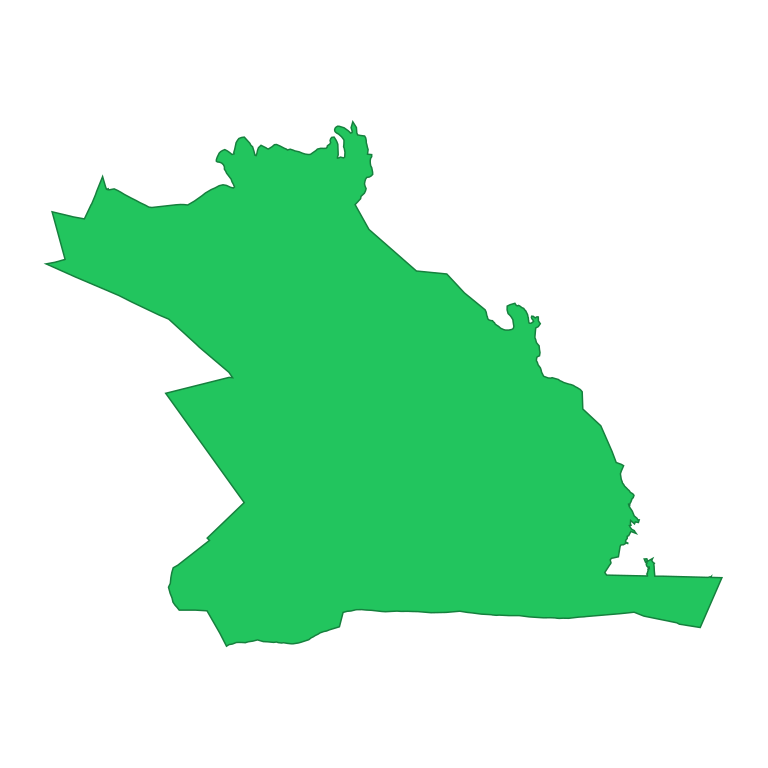 San Pedro Ixcatlán, Oaxaca, Mexico (Mercator projection)
{"feature_id": "50627088B26747164126633", "entity_name": "San Pedro Ixcatlán", "entity_type": "district", "adm_level": 2, "iso_a3": "MEX", "parent_name": "Mexico", "parent_adm1": "Oaxaca", "projection": "mercator", "projection_center": [-96.535, 18.166], "detail": "fine", "context": "isolated", "style": "filled", "palette": "green", "viewbox_px": 768, "rotation_deg": 0, "n_neighbors": 0, "source": "geoboundaries", "source_scale": "gbopen_adm2", "svg_char_len": 6121}
<svg xmlns="http://www.w3.org/2000/svg" viewBox="0 0 768 768"><path d="M700.2,627.5L721.9,577.7L711.0,577.4L711.2,576.6L711.0,576.8L709.8,576.9L708.1,577.4L662.3,576.2L654.8,576.2L654.3,570.9L654.1,566.5L653.8,564.3L654.4,563.3L653.1,562.5L651.7,560.4L652.6,558.5L647.7,561.2L646.8,558.8L644.2,559.0L645.5,562.2L646.6,561.5L647.0,563.1L646.2,564.0L646.7,565.9L647.9,567.2L649.1,567.0L649.3,568.6L648.6,568.4L648.1,568.8L647.9,569.8L648.3,570.1L647.4,572.6L647.4,573.6L646.8,574.0L647.4,575.1L647.4,576.0L606.6,575.1L604.8,572.5L609.7,564.9L610.5,563.9L611.0,562.9L610.2,559.9L611.0,558.8L611.8,558.2L613.5,557.9L618.4,556.8L620.1,546.4L620.8,545.1L621.7,544.8L623.3,544.8L625.4,543.6L625.5,542.7L627.7,543.5L627.8,543.1L625.6,542.0L625.7,540.4L627.2,538.5L627.2,536.3L628.7,535.7L630.9,531.4L632.0,531.9L636.1,533.4L634.5,531.2L634.4,530.7L631.6,529.2L630.4,527.5L629.4,525.5L631.0,525.2L630.4,523.8L630.6,520.4L634.5,523.9L635.3,521.9L638.4,522.5L639.2,519.9L637.9,519.9L637.0,518.3L634.2,515.9L632.3,511.2L629.3,506.7L628.3,503.5L629.8,506.3L629.6,505.0L630.0,503.5L630.9,501.9L632.1,498.7L633.3,497.6L633.5,496.5L634.0,495.7L633.5,494.5L632.3,493.5L630.4,492.4L629.2,490.6L627.9,489.5L626.4,487.9L624.6,486.2L623.6,484.4L622.3,482.8L622.3,482.1L621.2,479.1L620.4,473.8L621.4,470.8L622.0,469.5L623.6,465.7L621.4,464.4L616.2,462.5L612.1,451.6L600.8,425.8L582.8,409.0L582.2,391.8L580.8,390.1L579.8,389.2L578.8,388.7L577.7,387.9L575.3,386.7L573.5,385.5L570.8,384.5L569.1,384.2L563.7,382.5L561.7,381.4L560.1,380.8L558.4,379.5L552.1,377.7L550.8,378.1L548.3,378.0L543.7,376.3L543.2,375.4L541.6,372.2L541.1,370.0L540.4,367.9L538.1,364.8L537.3,362.2L536.5,361.0L536.4,360.0L536.8,357.4L537.5,356.7L539.5,355.8L540.0,352.6L539.5,349.6L539.1,345.8L537.6,344.1L536.4,342.5L535.6,339.3L535.0,338.0L534.9,337.0L535.7,328.0L538.3,326.6L540.3,323.7L538.4,320.9L538.3,317.0L537.0,316.8L535.2,317.9L533.2,316.3L531.7,316.2L531.4,317.5L531.9,318.8L532.9,320.0L533.6,321.4L531.4,323.1L530.3,323.3L529.3,323.2L528.7,321.9L528.7,320.7L528.5,320.2L528.3,317.7L528.0,317.0L527.6,314.7L525.7,310.8L524.8,310.0L523.7,308.4L522.0,307.7L519.9,306.1L518.5,305.4L517.2,305.9L516.0,305.1L514.9,303.3L510.1,304.7L507.2,306.1L507.1,309.9L508.1,313.6L510.1,315.5L511.2,316.9L512.9,319.7L513.1,321.6L513.6,325.0L513.9,326.2L513.4,328.2L512.8,328.9L511.9,329.4L508.8,330.1L505.6,330.1L503.9,329.7L500.6,328.2L498.6,326.4L496.8,325.3L495.2,324.1L494.4,322.6L493.5,322.0L492.5,320.7L491.2,320.6L489.3,320.1L488.1,319.2L487.6,318.1L487.4,316.9L486.8,315.5L486.2,312.2L485.1,309.8L464.4,292.9L446.8,274.0L416.4,271.0L369.0,229.5L355.1,204.6L357.6,202.0L359.1,200.3L360.6,198.7L361.0,196.4L364.4,193.2L365.5,190.9L366.1,188.6L365.1,186.3L364.5,183.9L364.9,181.5L365.6,179.1L366.8,177.4L369.3,177.0L371.1,176.0L372.7,174.4L372.6,172.1L371.7,167.6L370.7,165.8L370.3,163.3L370.2,160.8L370.6,158.4L371.7,156.7L371.7,154.6L367.5,154.2L368.1,149.6L367.4,147.3L366.9,144.9L366.3,142.8L366.2,140.4L365.7,137.9L364.6,136.0L360.0,135.4L357.7,134.9L356.8,133.0L356.4,127.5L352.8,121.8L351.1,127.7L352.2,131.3L352.0,132.6L350.5,133.1L349.7,132.1L348.0,130.6L344.1,127.8L339.3,126.3L337.6,126.2L336.1,127.1L335.1,128.2L334.6,129.9L334.9,131.2L335.5,132.1L336.9,133.2L338.6,134.1L341.6,136.8L343.5,139.3L344.0,140.4L343.9,144.1L343.6,146.8L344.2,148.2L345.0,152.4L344.9,153.4L344.7,157.0L343.6,157.9L340.5,157.1L338.8,157.9L337.5,158.1L337.5,157.0L338.2,154.9L337.8,144.3L336.8,141.6L335.9,139.9L334.1,137.1L331.7,137.4L330.7,138.7L330.1,140.5L330.6,142.7L329.8,144.1L328.2,145.2L327.3,146.0L327.1,147.4L326.0,148.3L323.5,148.4L320.8,148.3L317.4,149.1L316.1,150.4L310.4,154.4L308.3,154.5L305.3,154.1L302.4,153.2L299.1,151.8L294.9,150.9L293.3,150.2L290.2,149.2L287.4,150.0L286.4,149.1L284.4,148.3L280.0,146.0L276.5,144.5L274.4,144.7L272.1,146.7L268.3,149.0L267.1,148.6L266.2,147.9L261.0,145.3L258.5,147.7L257.5,150.4L256.9,153.4L256.1,155.6L255.0,155.3L254.1,151.8L252.6,146.8L250.9,145.3L249.8,143.2L244.3,137.1L241.5,137.5L238.9,138.5L237.5,140.3L236.1,142.7L234.7,149.3L233.8,152.4L234.1,153.8L232.0,154.5L229.6,152.5L227.3,150.9L224.8,149.6L222.6,150.5L220.7,151.6L219.2,153.1L217.2,157.2L216.4,159.6L216.3,161.1L217.3,161.9L219.5,162.2L221.6,163.0L223.4,164.7L224.4,166.8L224.4,169.2L225.7,171.2L226.6,173.2L231.1,179.1L232.1,182.0L233.2,183.9L234.5,186.9L233.4,188.0L230.5,187.3L226.4,185.4L223.0,184.8L219.2,185.7L215.1,187.9L211.2,189.6L205.4,193.0L201.9,195.8L194.4,201.1L187.7,205.0L184.3,204.6L180.6,204.5L176.0,204.8L151.9,207.5L148.8,207.1L145.4,205.2L140.1,202.7L136.1,200.5L131.3,198.1L124.5,194.5L121.1,192.4L117.7,190.5L114.2,188.9L109.4,189.8L108.0,189.7L108.1,188.8L106.5,189.3L105.5,186.6L102.6,176.6L96.6,191.5L95.6,194.5L91.6,204.1L91.2,204.5L84.4,218.9L73.3,216.9L52.1,211.8L65.1,259.4L54.8,262.3L46.1,263.9L76.1,277.3L118.4,295.3L131.7,302.0L159.0,315.0L168.7,319.1L196.2,344.2L199.4,347.3L228.9,372.3L232.6,377.7L229.1,377.4L165.7,393.3L244.2,502.6L207.2,538.1L209.5,540.4L177.8,565.2L173.2,567.8L171.8,572.6L170.9,577.5L170.3,583.4L168.5,587.2L170.2,593.5L172.0,597.9L173.0,602.2L175.2,605.4L176.9,607.2L179.2,610.1L195.1,610.1L207.0,610.8L219.9,633.3L226.5,646.2L229.0,644.6L232.5,644.0L236.3,642.5L238.9,642.4L242.6,642.5L245.3,642.7L248.2,641.8L252.9,641.1L257.5,639.9L263.3,641.6L267.6,641.8L273.7,642.4L276.5,642.0L278.2,642.6L281.7,643.0L283.5,642.7L287.6,643.4L291.4,643.8L293.0,643.8L298.2,643.0L300.8,642.3L308.8,639.7L311.2,637.8L313.3,636.8L315.1,635.6L318.2,634.1L320.0,632.9L323.9,631.5L326.6,631.0L329.5,629.8L339.4,626.8L343.1,612.4L347.2,611.3L350.9,611.0L356.1,609.7L361.9,609.6L365.7,610.0L371.5,610.3L382.0,611.5L385.6,611.7L397.0,611.1L401.2,611.4L407.6,611.3L412.8,611.5L418.0,611.6L431.0,612.7L446.1,612.4L459.8,611.2L467.3,612.4L472.1,612.9L481.2,614.1L491.6,614.7L492.1,614.9L496.4,615.3L499.1,615.1L509.4,615.6L519.3,615.6L529.3,616.9L540.2,617.6L543.7,617.8L550.3,617.7L555.0,617.9L556.8,618.2L559.2,618.4L562.9,618.2L568.6,618.3L578.9,617.1L584.0,616.8L586.4,616.5L599.6,615.4L619.8,613.7L626.7,613.0L634.1,612.2L643.9,616.1L676.8,622.8L679.4,624.2L700.2,627.5Z" fill="#22c55e" stroke="#15803d" stroke-width="1.5"/></svg>